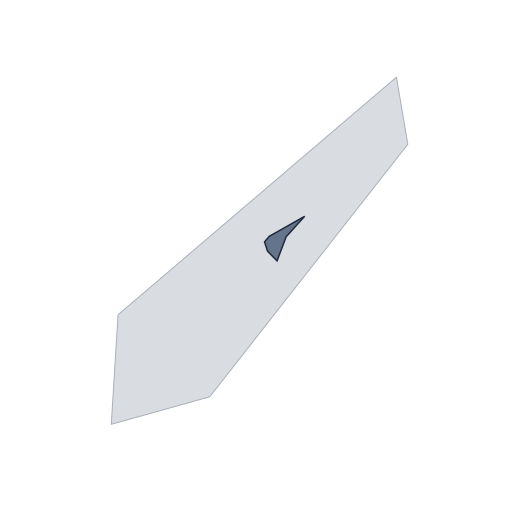 Anguilla, with Sandy Ground highlighted, rotated 158°
{"feature_id": "AIA-5120", "entity_name": "Sandy Ground", "entity_type": "District", "adm_level": 1, "iso_a3": "AIA", "parent_name": "Anguilla", "parent_adm1": "", "projection": "mercator", "projection_center": [-63.084, 18.219], "detail": "fine", "context": "in_parent", "style": "filled", "palette": "slate", "viewbox_px": 512, "rotation_deg": 158, "n_neighbors": 0, "source": "natural_earth", "source_scale": "10m", "svg_char_len": 387}
<svg xmlns="http://www.w3.org/2000/svg" viewBox="0 0 512 512"><g transform="rotate(158 256 256)"><path d="M405.9,253.2L58.8,369.2L73.4,302.7L351.7,142.8L453.2,154.2L405.9,253.2Z" fill="#d9dde1" stroke="#a8b0b8" stroke-width="1"/><path d="M196.0,274.6L220.9,262.5L238.3,243.6L243.5,256.1L242.8,265.9L236.3,269.3L196.0,274.6Z" fill="#64748b" stroke="#1e293b" stroke-width="1.5"/></g></svg>